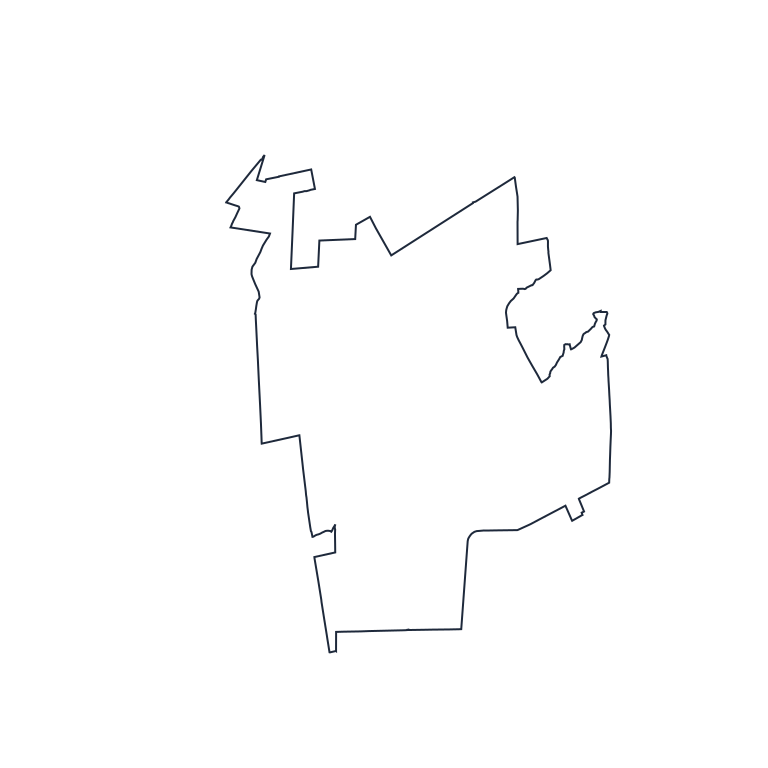 Sinesti, Ialomita, Romania, rotated 309°
{"feature_id": "2599482B7496910182319", "entity_name": "Sinesti", "entity_type": "district", "adm_level": 2, "iso_a3": "ROU", "parent_name": "Romania", "parent_adm1": "Ialomita", "projection": "natural_earth1", "projection_center": [26.424, 44.577], "detail": "fine", "context": "isolated", "style": "outline", "palette": "slate", "viewbox_px": 768, "rotation_deg": 309, "n_neighbors": 0, "source": "geoboundaries", "source_scale": "gbopen_adm2", "svg_char_len": 5398}
<svg xmlns="http://www.w3.org/2000/svg" viewBox="0 0 768 768"><g transform="rotate(309 384 384)"><path d="M599.8,418.5L576.8,399.8L594.2,385.6L595.5,384.7L603.0,378.9L613.6,369.9L615.8,367.5L620.4,362.4L626.7,355.7L626.8,355.2L618.2,352.3L592.1,343.4L583.3,340.4L581.1,338.8L580.6,339.3L488.5,308.7L499.9,279.7L505.1,267.9L490.1,262.0L478.5,270.4L454.8,243.5L433.7,259.0L414.8,239.3L445.2,216.8L475.6,194.2L482.3,199.8L483.8,200.8L485.1,202.4L487.8,204.3L488.5,204.6L492.1,207.6L498.5,200.0L504.9,192.4L479.2,171.7L478.9,171.9L473.6,167.5L468.9,163.6L466.3,164.6L462.4,156.9L474.6,152.0L486.8,147.1L484.4,147.1L482.9,147.6L481.3,147.8L480.8,147.1L466.0,146.9L440.7,147.1L437.9,147.1L436.9,147.1L432.0,147.0L430.0,147.1L428.2,147.1L426.6,147.1L426.1,147.0L425.8,147.1L426.1,147.7L426.2,148.1L426.6,149.3L427.0,150.1L427.4,151.3L429.1,155.8L430.0,158.0L430.4,159.2L430.5,159.5L430.4,159.8L430.1,160.3L429.9,160.6L429.4,161.2L428.5,161.4L427.3,161.7L424.4,162.4L420.2,163.5L417.5,164.0L415.8,164.3L414.6,164.7L413.0,165.0L410.7,165.8L409.1,166.2L429.2,200.7L426.2,201.7L422.3,201.9L415.4,202.8L412.2,203.7L408.6,204.9L400.9,206.4L397.2,207.7L392.4,207.9L389.5,209.2L386.0,211.9L385.3,212.8L384.6,213.8L383.3,216.1L380.6,221.0L376.9,228.5L373.0,232.8L371.6,233.3L369.1,233.2L367.8,233.7L366.0,234.7L364.4,235.6L361.6,237.3L359.0,238.8L358.5,239.1L357.3,239.5L357.3,240.4L357.1,240.6L353.1,244.1L349.1,247.7L340.6,255.3L338.6,257.1L334.1,261.1L322.6,271.5L319.1,274.6L308.2,284.3L289.7,300.9L275.9,313.2L265.5,322.3L261.1,326.1L260.7,326.5L282.3,343.7L290.8,350.4L290.9,350.5L269.4,372.2L267.4,374.2L251.6,390.5L248.8,393.2L247.7,394.4L247.3,394.9L244.2,398.0L240.2,401.9L238.0,404.2L236.4,405.8L226.3,416.8L223.6,419.9L223.4,420.7L220.2,424.6L220.6,425.0L221.7,425.5L223.3,426.0L223.8,426.3L224.6,426.7L225.9,427.7L226.8,428.2L227.7,428.7L229.8,429.5L230.9,430.1L232.9,431.0L233.9,431.9L234.8,432.9L236.0,434.9L236.0,436.0L236.7,436.0L238.2,435.7L240.3,435.1L242.4,434.9L244.3,434.5L241.9,435.6L240.4,437.2L240.3,437.5L237.5,439.6L236.1,440.7L228.8,446.8L222.4,452.1L205.7,438.8L204.8,439.7L197.1,448.4L189.4,457.1L177.0,470.9L175.2,472.7L164.2,484.9L153.0,497.4L150.9,499.7L141.2,510.5L141.4,510.9L146.3,514.7L146.3,514.8L146.9,514.3L151.5,510.6L161.2,502.8L166.1,508.5L177.0,521.5L182.6,527.9L205.1,554.4L206.7,556.2L207.3,556.8L207.5,556.7L208.3,557.4L208.0,557.6L218.2,569.8L224.5,577.3L225.8,578.9L228.8,582.5L234.0,588.8L236.8,592.1L240.5,596.5L242.1,598.3L291.0,564.3L309.7,551.3L314.6,547.9L316.6,546.9L317.9,546.6L319.5,546.4L321.6,546.3L323.0,546.4L326.0,547.3L328.0,548.6L329.7,550.4L333.0,553.8L334.7,556.0L340.5,562.9L353.8,578.9L354.4,579.6L354.9,579.9L356.5,580.7L359.3,582.1L363.9,584.4L365.7,585.3L367.6,586.2L375.4,589.5L383.1,592.8L403.6,601.6L396.6,615.2L396.1,616.3L399.6,617.7L406.3,620.3L407.1,620.7L408.4,618.6L410.8,619.7L413.5,614.8L417.2,608.0L417.5,607.6L419.7,608.5L424.4,610.6L431.3,613.5L437.2,616.1L449.0,621.1L451.9,618.9L453.3,618.0L457.6,614.8L462.5,611.0L467.4,607.2L471.8,603.9L477.6,599.5L483.4,595.2L487.9,591.9L490.4,590.0L492.6,588.0L496.2,585.0L501.5,580.3L506.7,575.6L510.0,572.6L513.4,569.6L517.1,566.2L520.9,562.8L523.3,560.6L525.6,558.5L526.9,557.3L528.0,556.3L529.6,554.9L532.2,552.5L535.1,550.0L537.0,548.3L537.8,547.6L539.2,546.4L542.6,543.5L544.2,542.0L544.9,540.6L546.0,538.8L546.2,538.6L544.5,537.4L542.2,535.7L543.4,535.2L544.1,535.0L545.6,534.5L551.3,532.7L555.9,531.2L559.7,529.9L563.0,528.6L563.5,528.3L563.9,528.1L564.4,526.4L564.7,525.7L565.2,524.1L565.6,522.4L566.3,520.7L567.0,519.5L567.6,518.4L567.8,518.2L568.7,518.4L569.6,518.6L572.9,516.0L577.6,513.8L578.7,513.5L579.5,513.1L580.1,511.8L576.3,507.1L577.2,506.4L574.9,505.2L572.9,503.4L572.0,502.9L571.5,502.6L571.0,502.4L570.8,502.4L570.2,502.5L569.8,502.8L569.5,504.0L568.5,505.5L568.2,507.6L568.2,508.5L567.8,509.0L566.7,509.4L565.1,509.6L563.3,510.1L561.0,511.1L559.8,510.3L559.0,510.1L557.5,510.1L553.1,509.6L551.6,508.5L550.7,508.4L549.8,508.1L549.0,507.8L548.1,507.7L546.3,508.2L544.2,509.2L542.7,510.0L540.3,510.5L532.2,509.1L530.2,508.3L528.8,507.7L528.6,507.5L529.3,506.5L530.9,504.3L531.7,503.3L531.0,502.8L530.7,502.2L530.5,501.7L529.7,500.8L529.3,500.1L527.9,499.5L526.8,500.2L525.8,501.1L525.0,501.8L524.7,502.2L523.6,502.6L522.7,503.0L521.5,503.8L520.2,504.3L518.5,505.0L518.4,505.1L516.5,504.3L516.0,504.0L513.1,504.5L509.6,504.9L506.9,505.6L504.9,505.7L503.0,505.1L501.4,505.3L499.0,505.4L497.9,505.7L497.1,506.3L495.4,506.8L494.3,507.9L490.9,507.7L488.5,506.9L484.5,505.6L484.5,505.2L486.9,499.5L488.0,496.8L491.4,487.8L493.6,482.2L495.0,478.7L499.5,468.7L501.3,464.6L502.9,460.8L503.0,460.7L503.4,459.8L503.7,459.2L504.4,457.8L505.4,456.2L508.0,453.3L510.7,450.3L505.6,444.7L510.5,440.0L511.7,438.7L514.4,435.8L516.2,433.9L518.3,432.5L519.8,431.8L522.0,430.9L525.5,430.4L528.6,430.3L528.8,430.4L532.0,430.9L536.0,430.6L537.6,430.5L539.1,430.8L539.4,431.0L540.5,430.1L541.6,429.0L542.3,428.4L544.6,431.0L545.2,431.7L545.9,432.7L546.3,433.6L546.7,433.9L547.4,434.2L548.6,434.2L551.2,435.4L553.5,436.4L553.5,436.6L554.3,437.2L557.1,437.1L560.0,436.5L561.0,436.6L561.8,437.6L562.9,438.3L568.4,440.0L572.7,441.1L577.3,441.9L578.1,441.1L581.1,438.0L587.6,431.1L589.4,429.2L590.6,428.3L591.2,427.6L594.1,424.8L598.0,421.7L598.6,421.1L598.8,420.9L599.0,420.5L599.1,420.1L599.4,419.5L599.6,419.0L599.6,418.8L599.8,418.5Z" fill="none" stroke="#1e293b" stroke-width="2"/></g></svg>